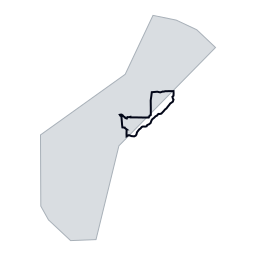 location of Mangilao, Guam
{"feature_id": "77769853B74833203647496", "entity_name": "Mangilao", "entity_type": "district", "adm_level": 2, "iso_a3": "GUM", "parent_name": "Guam", "parent_adm1": "", "projection": "albers", "projection_center": [144.825, 13.463], "detail": "fine", "context": "in_parent", "style": "outline", "palette": "ink", "viewbox_px": 256, "rotation_deg": 0, "n_neighbors": 0, "source": "geoboundaries", "source_scale": "gbopen_adm2", "svg_char_len": 1471}
<svg xmlns="http://www.w3.org/2000/svg" viewBox="0 0 256 256"><path d="M96.0,239.6L70.6,240.6L48.5,219.9L40.8,206.1L40.5,134.9L125.2,74.3L153.0,15.4L176.2,20.1L196.8,29.8L215.5,47.5L118.9,145.8L96.0,239.6Z" fill="#d9dde1" stroke="#a8b0b8" stroke-width="1"/><path d="M121.6,114.6L120.8,114.6L119.8,114.8L120.4,115.8L121.4,116.3L122.0,123.6L122.0,124.0L122.4,127.4L124.7,127.6L124.8,128.0L126.5,129.3L126.4,129.3L126.6,130.0L126.5,133.9L126.6,136.3L128.2,135.3L129.0,135.2L131.5,136.1L133.7,136.3L134.1,136.4L135.6,135.7L136.4,134.6L137.0,132.3L137.7,131.3L139.4,129.2L140.3,128.7L140.9,128.0L141.5,127.3L141.9,126.9L143.0,126.5L145.3,126.6L145.6,126.5L146.6,126.3L147.2,125.1L149.0,124.3L149.5,123.9L150.6,123.0L151.3,121.0L151.7,120.1L152.5,119.0L153.1,118.6L153.4,118.4L154.7,117.2L155.5,116.3L156.4,115.9L157.3,115.4L157.7,114.5L158.6,113.9L159.9,114.0L160.7,113.7L161.4,113.6L161.7,113.2L163.7,111.1L165.0,109.5L166.2,108.6L166.4,108.5L167.5,107.0L169.6,104.4L170.1,103.6L171.4,102.7L172.9,101.6L173.5,99.5L173.0,98.9L172.4,96.8L173.5,95.7L173.6,93.3L173.5,91.1L165.2,91.2L163.8,91.6L163.6,91.6L162.9,91.5L160.2,92.4L157.3,91.7L156.4,91.8L151.8,92.2L151.3,96.2L150.7,100.4L150.7,100.8L150.8,107.6L150.8,109.0L150.8,115.0L149.8,115.7L149.6,115.9L148.7,117.5L142.1,117.5L135.5,117.4L133.9,117.4L130.6,117.4L130.5,116.8L128.9,117.2L127.4,117.1L126.8,118.5L125.3,118.0L124.7,117.1L123.3,116.3L122.9,115.5L121.6,114.6Z" fill="none" stroke="#020617" stroke-width="2"/></svg>